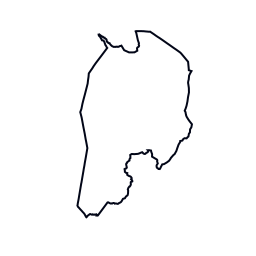 outline of Santa María Yucuhiti, Oaxaca, Mexico, rotated 20°
{"feature_id": "50627088B16250901962505", "entity_name": "Santa María Yucuhiti", "entity_type": "district", "adm_level": 2, "iso_a3": "MEX", "parent_name": "Mexico", "parent_adm1": "Oaxaca", "projection": "albers", "projection_center": [-97.803, 17.027], "detail": "fine", "context": "isolated", "style": "outline", "palette": "ink", "viewbox_px": 256, "rotation_deg": 20, "n_neighbors": 0, "source": "geoboundaries", "source_scale": "gbopen_adm2", "svg_char_len": 5024}
<svg xmlns="http://www.w3.org/2000/svg" viewBox="0 0 256 256"><g transform="rotate(20 128 128)"><path d="M168.2,52.8L165.4,52.9L164.6,51.1L163.6,49.0L161.8,45.2L159.7,44.0L157.0,42.4L152.5,39.8L151.2,39.2L146.6,37.9L143.8,37.2L138.7,35.8L136.0,35.1L132.7,34.2L130.5,33.6L126.6,32.6L125.1,32.3L122.3,31.6L120.6,31.1L118.6,30.6L115.8,29.9L115.0,30.3L111.6,31.2L109.2,31.8L102.5,34.2L102.2,34.4L102.1,34.5L103.3,35.9L107.3,42.2L107.8,42.8L108.2,43.3L109.3,44.6L109.4,45.2L109.5,45.9L109.8,46.3L110.3,46.9L110.3,47.8L109.3,49.2L109.2,49.7L109.2,50.0L110.3,52.2L108.2,54.7L103.2,56.6L97.8,56.2L93.8,53.0L93.7,53.2L93.1,53.3L92.9,53.5L92.7,53.6L92.3,53.8L92.2,54.0L91.4,54.9L91.1,54.9L90.8,55.1L90.6,55.1L90.4,55.3L90.2,55.4L89.7,55.4L89.2,55.6L88.9,55.9L88.7,55.9L88.4,56.1L88.1,56.1L87.8,56.3L87.5,56.4L87.0,56.6L86.7,56.7L86.4,56.6L85.4,56.6L84.9,56.5L84.7,56.4L84.4,56.2L84.1,56.1L83.8,56.1L83.6,55.9L83.2,55.7L82.7,55.5L81.8,54.8L81.7,54.6L81.4,54.6L80.9,54.9L80.6,54.9L80.3,54.8L79.9,54.4L79.4,54.2L79.0,54.2L78.7,54.1L78.3,53.6L78.2,53.3L78.0,53.0L77.7,52.5L77.6,52.3L77.4,52.1L77.0,51.9L76.4,51.8L75.8,51.7L75.4,51.4L75.1,51.1L74.4,51.3L74.0,51.4L73.6,51.3L73.3,50.9L73.0,51.0L72.6,50.8L72.2,50.8L71.9,50.8L71.5,50.7L71.3,50.6L70.6,50.4L70.1,50.2L69.2,50.3L68.9,50.0L68.9,49.8L68.3,49.5L68.3,49.4L68.4,50.3L69.1,51.2L70.4,51.8L70.7,52.0L71.1,52.3L72.0,53.1L72.3,53.3L73.6,54.5L75.1,54.2L76.5,55.4L77.1,56.2L77.9,57.1L78.3,57.7L79.0,58.1L80.7,59.7L81.1,59.9L78.4,68.8L75.6,77.8L75.4,78.5L74.5,81.9L74.0,84.4L73.6,85.8L72.5,90.1L72.8,91.2L73.4,93.4L74.1,96.8L74.9,100.1L76.0,111.2L76.4,115.8L76.6,118.0L76.9,120.8L77.7,126.0L77.7,128.8L77.7,129.4L80.9,134.1L85.8,142.4L89.3,148.2L91.7,152.4L91.8,152.6L93.4,155.2L96.7,160.8L98.4,170.1L99.3,175.4L99.9,178.4L100.4,181.5L100.8,183.5L101.7,188.5L103.0,195.6L103.0,196.0L105.5,209.5L105.9,211.6L106.6,216.0L106.9,217.3L107.0,218.2L108.0,219.2L108.4,219.3L108.9,219.6L110.2,220.3L111.3,220.9L112.9,221.7L113.6,222.1L114.5,222.6L115.0,222.8L115.9,223.3L116.4,223.6L117.0,224.1L118.3,225.3L119.0,225.9L119.4,226.1L119.9,225.2L119.9,224.6L121.4,222.3L121.8,221.8L122.2,221.8L123.9,221.8L124.3,221.2L125.1,221.2L125.3,221.2L125.7,221.2L126.0,220.8L126.9,220.6L127.7,219.9L128.3,220.1L128.4,221.0L128.9,220.8L129.2,220.8L129.6,220.5L134.2,205.0L134.6,204.7L135.2,204.6L135.8,204.8L137.0,204.9L137.6,204.9L138.2,204.5L138.7,204.5L138.8,204.5L139.8,203.5L140.5,203.3L141.1,203.4L141.5,203.6L141.7,203.4L142.0,203.2L142.5,203.0L142.9,203.0L143.6,202.9L144.4,202.8L145.0,202.1L145.2,201.6L146.0,200.9L146.4,200.4L146.6,200.1L146.8,199.8L147.1,198.7L147.3,197.4L147.5,196.3L147.7,196.1L148.7,195.4L149.1,195.1L149.5,193.1L149.7,192.8L150.6,191.4L150.5,190.1L150.4,189.4L150.2,188.8L149.8,187.6L149.6,186.8L149.2,186.3L148.8,185.7L148.9,185.3L148.8,184.6L148.9,183.8L149.1,183.4L149.2,182.7L149.4,182.4L149.7,182.3L149.8,181.9L150.0,181.2L150.0,180.7L150.0,180.4L149.9,179.8L149.5,179.1L149.4,178.7L149.2,178.3L149.1,178.0L149.2,177.7L149.6,177.1L150.3,176.8L150.3,176.4L149.9,176.0L149.7,175.8L149.4,175.5L148.4,175.1L148.5,174.6L148.7,174.4L148.6,174.1L148.6,173.8L147.9,173.2L146.9,172.7L145.4,172.8L145.0,172.6L144.8,172.6L144.4,172.6L143.3,172.3L143.0,171.5L142.7,170.9L142.7,170.6L142.4,170.6L141.6,170.8L141.0,170.6L140.1,170.3L139.5,168.9L138.8,167.8L139.4,167.1L140.2,166.5L140.4,165.6L140.0,164.9L139.5,164.2L139.1,163.5L138.6,162.6L138.6,161.9L139.0,161.2L138.9,160.9L138.9,160.6L139.0,160.3L139.3,159.8L139.6,159.4L140.4,158.1L140.5,158.0L140.1,157.0L140.2,156.1L140.3,155.6L140.5,155.4L140.0,154.0L139.3,152.6L140.1,151.5L140.2,151.3L141.0,151.0L141.4,150.8L142.7,150.5L144.2,149.8L145.5,149.2L146.0,149.0L146.9,148.4L147.0,148.2L147.3,148.0L147.8,147.5L148.4,146.9L148.8,146.6L149.6,145.9L150.5,146.3L151.0,146.6L151.3,146.7L151.8,146.7L152.2,146.8L152.7,146.6L152.9,146.5L153.2,146.2L153.3,146.0L153.4,145.7L153.8,144.9L154.6,144.3L154.7,144.1L154.9,143.5L154.9,143.0L154.9,142.4L154.3,142.1L155.5,141.6L156.3,141.5L157.3,141.3L158.2,142.7L159.2,143.8L159.6,144.3L160.4,146.7L164.0,147.4L164.5,147.5L165.2,147.6L166.0,147.8L166.5,148.2L166.6,148.4L166.9,149.7L167.5,150.3L167.9,150.9L168.1,151.1L167.9,152.1L167.7,152.6L167.7,153.3L167.8,154.0L168.3,154.7L168.5,155.2L168.7,155.4L168.8,155.4L169.8,155.7L170.4,155.8L170.7,156.1L171.9,155.7L172.2,154.2L172.2,153.6L172.4,152.1L172.6,150.5L174.2,149.6L175.1,148.5L175.6,147.9L176.4,146.9L177.1,145.8L177.5,145.2L177.9,144.5L178.0,144.0L178.1,143.6L178.3,142.9L178.4,142.3L178.5,142.0L178.5,141.7L178.6,141.3L180.0,137.7L180.7,136.7L181.3,133.0L181.2,130.1L181.2,126.2L181.8,123.3L181.5,122.4L183.4,121.2L183.7,119.5L184.6,118.3L186.6,117.7L187.1,116.3L187.7,115.3L187.2,112.6L187.4,111.9L187.7,111.0L186.8,108.0L187.3,105.7L186.8,102.6L183.7,100.7L181.7,99.3L179.3,97.4L178.3,96.3L177.9,95.5L177.6,95.2L176.6,93.4L175.4,92.4L175.5,90.2L175.4,87.1L174.8,82.8L173.9,78.7L173.1,73.7L171.5,69.6L169.9,66.6L169.0,65.0L168.6,63.3L168.5,61.8L167.5,57.9L167.7,55.5L168.2,52.8Z" fill="none" stroke="#020617" stroke-width="2"/></g></svg>